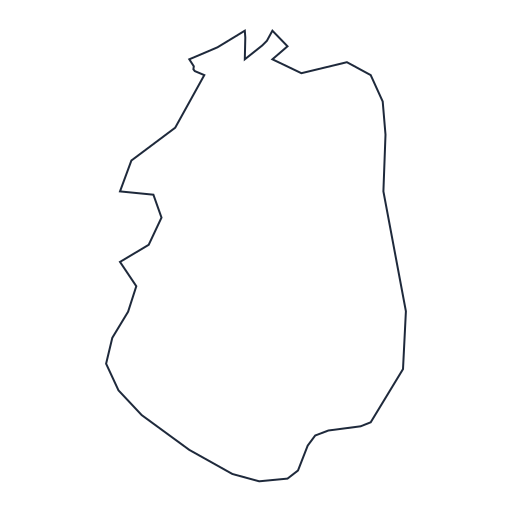 the border of Maio
{"feature_id": "CPV-5054", "entity_name": "Maio", "entity_type": "state/province", "adm_level": 1, "iso_a3": "CPV", "parent_name": "Cabo Verde", "parent_adm1": "", "projection": "mercator", "projection_center": [-23.189, 15.226], "detail": "fine", "context": "isolated", "style": "outline", "palette": "slate", "viewbox_px": 512, "rotation_deg": 0, "n_neighbors": 0, "source": "natural_earth", "source_scale": "10m", "svg_char_len": 661}
<svg xmlns="http://www.w3.org/2000/svg" viewBox="0 0 512 512"><path d="M370.7,75.1L382.7,101.5L385.5,134.7L383.4,191.4L405.9,311.3L403.0,369.1L370.7,422.3L360.6,426.3L328.4,430.5L315.2,435.5L307.7,445.6L298.0,470.5L287.5,478.6L259.2,481.3L232.4,474.0L189.3,449.9L141.7,415.1L118.5,390.4L106.1,363.7L112.3,337.8L128.1,311.7L136.3,286.2L120.0,261.9L148.7,244.8L161.5,217.6L153.4,194.7L120.0,191.4L131.4,160.5L175.2,127.7L204.3,75.1L194.8,71.1L193.4,69.3L193.8,66.3L189.3,59.3L217.5,47.3L244.8,30.7L245.3,37.6L244.8,59.3L262.2,45.5L266.9,40.8L272.4,30.7L287.5,46.3L272.4,59.3L301.4,73.2L346.9,62.2L370.7,75.1Z" fill="none" stroke="#1e293b" stroke-width="2"/></svg>